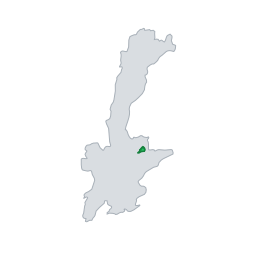 Phonhong, Vientiane, Laos shown in context, rotated 225°
{"feature_id": "54806243B58411592743301", "entity_name": "Phonhong", "entity_type": "district", "adm_level": 2, "iso_a3": "LAO", "parent_name": "Laos", "parent_adm1": "Vientiane", "projection": "equal_earth", "projection_center": [102.429, 18.485], "detail": "fine", "context": "in_parent", "style": "filled", "palette": "green", "viewbox_px": 256, "rotation_deg": 225, "n_neighbors": 0, "source": "geoboundaries", "source_scale": "gbopen_adm2", "svg_char_len": 4699}
<svg xmlns="http://www.w3.org/2000/svg" viewBox="0 0 256 256"><g transform="rotate(225 128 128)"><path d="M98.3,34.4L99.2,36.5L103.5,42.2L104.2,43.8L105.8,44.9L107.1,50.0L107.7,50.3L108.4,50.0L108.9,49.3L109.4,47.3L109.7,47.1L110.1,48.7L111.3,49.2L111.9,49.9L112.0,51.1L111.9,52.4L110.9,55.2L110.3,59.1L114.5,67.4L116.2,68.6L120.4,69.9L123.3,71.7L124.6,71.3L125.8,69.2L127.3,68.1L130.2,66.3L131.0,66.2L132.5,66.9L135.1,69.0L139.0,72.9L138.9,73.9L138.2,74.9L136.1,76.5L135.4,77.4L135.8,77.8L137.6,78.1L139.6,78.9L140.2,80.0L140.6,82.3L141.0,82.7L142.9,82.4L143.4,82.8L144.1,83.5L144.8,85.4L144.8,86.9L142.9,89.4L142.7,90.9L141.8,92.8L139.2,95.8L138.5,96.0L133.7,94.3L129.9,94.5L129.6,95.2L130.3,97.0L130.5,98.8L129.9,100.2L127.7,102.0L127.6,102.8L128.1,103.6L131.2,105.3L141.4,114.0L146.0,115.7L148.1,116.8L148.6,117.4L148.6,118.2L148.1,119.2L147.6,120.9L147.6,121.9L148.1,123.0L148.9,124.4L151.8,127.8L153.9,128.6L156.1,132.4L156.7,135.8L157.8,137.9L163.1,145.2L167.6,149.6L170.2,154.5L171.5,155.6L171.9,157.3L172.3,162.4L173.9,164.9L174.2,166.0L174.9,166.7L175.6,166.9L177.1,165.2L177.4,165.4L178.2,168.1L178.8,169.1L181.2,170.8L183.7,174.0L185.0,175.2L186.7,176.1L186.9,177.1L186.6,178.2L186.1,178.8L183.2,180.7L182.9,181.5L184.8,185.7L189.6,190.8L191.2,193.9L190.8,195.4L189.5,198.4L188.6,199.2L188.3,200.1L189.1,202.6L189.0,206.4L188.1,207.3L187.3,209.6L186.7,209.8L185.2,208.9L182.2,212.9L180.8,212.7L179.3,214.9L177.3,215.2L175.9,213.6L172.9,210.9L171.9,209.2L171.0,210.7L169.4,212.0L167.2,211.6L166.7,213.5L166.2,213.9L163.6,214.3L163.1,214.6L163.5,216.4L165.1,219.5L165.6,221.2L164.6,224.1L161.9,224.1L160.7,222.9L159.1,220.4L155.6,218.8L153.3,219.9L152.5,219.9L150.8,217.8L150.1,216.5L149.7,214.5L152.4,212.9L153.7,211.7L154.6,210.3L155.0,209.0L155.4,203.2L155.8,201.2L155.5,198.7L154.8,196.8L154.8,193.9L155.1,191.5L156.2,190.3L156.8,188.6L157.3,184.8L156.9,183.9L155.9,182.9L154.2,182.0L153.2,180.9L152.7,179.6L152.8,178.4L153.3,177.4L152.0,176.2L148.9,175.0L147.2,173.5L146.9,171.7L145.6,169.4L143.4,166.6L142.2,162.5L142.1,157.1L142.3,152.8L143.2,147.8L141.9,144.1L140.5,142.2L138.6,140.8L136.7,138.8L134.9,136.2L132.8,132.3L130.3,127.2L128.7,124.9L127.8,125.4L126.0,124.9L123.3,123.5L120.9,122.7L118.9,122.5L117.6,122.9L117.0,123.7L117.0,124.4L117.5,125.2L117.2,125.8L116.1,126.2L115.3,127.1L114.3,128.9L113.7,131.4L112.7,132.4L111.1,132.6L109.6,133.3L108.1,134.5L107.4,135.4L107.5,136.0L107.1,136.1L106.4,135.8L106.1,135.0L106.1,133.7L105.3,132.8L103.8,132.4L102.0,131.0L98.6,127.5L97.8,127.3L96.7,128.2L95.2,130.2L94.0,131.0L93.1,130.6L92.3,131.3L91.8,133.1L90.9,134.5L86.3,138.4L82.2,143.3L81.1,143.7L78.6,142.4L77.8,141.4L81.3,131.3L81.8,128.8L81.7,125.6L80.3,122.9L80.2,122.1L80.4,121.3L82.2,118.2L84.2,110.1L84.1,107.6L83.2,104.9L82.8,102.3L83.2,98.7L83.0,97.4L82.1,96.7L78.9,96.0L77.1,96.5L76.3,97.5L75.2,98.1L73.3,98.4L71.4,97.2L69.9,95.2L69.5,92.7L71.5,87.4L71.9,85.3L71.9,84.3L71.6,83.3L71.1,83.2L70.1,81.9L69.1,79.7L68.2,78.7L67.4,78.9L66.6,79.7L65.3,81.8L64.8,81.5L66.0,74.2L67.1,71.0L68.4,69.6L69.8,68.9L71.2,69.2L72.4,68.9L73.3,68.1L73.2,67.7L72.1,67.6L71.7,66.7L71.9,65.2L72.4,64.2L73.2,63.7L74.0,62.1L74.7,59.4L75.6,58.1L76.6,58.0L78.4,56.9L81.0,54.6L81.9,52.4L82.9,53.4L82.5,56.0L83.0,56.5L83.3,57.4L83.1,58.8L83.3,60.0L83.7,60.6L84.3,60.9L87.0,59.9L88.6,59.8L91.3,61.7L92.9,60.3L92.9,59.8L91.6,58.0L92.0,51.6L91.8,46.7L89.6,43.0L89.2,41.6L89.0,39.2L88.3,37.2L89.9,35.6L90.8,32.6L91.9,31.9L92.2,32.0L93.6,34.2L95.3,33.1L96.6,33.1L97.7,33.7L98.3,34.4Z" fill="#d9dde1" stroke="#a8b0b8" stroke-width="1"/><path d="M100.0,123.1L100.1,123.3L100.2,123.6L100.2,123.8L100.3,123.9L100.3,124.0L100.4,124.3L100.5,124.4L100.6,124.5L100.8,124.7L100.9,124.9L101.0,124.9L101.3,124.8L101.5,124.8L101.6,125.0L101.8,125.0L102.0,125.0L102.2,125.3L102.3,125.3L102.4,125.5L102.5,125.5L102.5,125.4L102.7,125.2L102.7,125.3L102.8,125.3L102.9,125.2L103.0,125.1L102.9,125.2L103.0,125.2L103.3,125.0L103.5,125.2L103.5,125.3L103.5,125.5L103.8,125.5L104.0,125.5L104.1,125.4L104.3,125.3L104.3,125.2L104.3,124.9L104.4,124.6L104.4,124.3L104.4,124.2L104.4,123.9L104.4,123.7L104.2,123.6L104.1,123.4L104.1,123.2L104.3,123.0L104.3,122.9L104.3,122.7L104.3,122.3L104.3,122.2L104.2,122.0L103.9,122.2L103.7,122.0L103.6,121.9L103.5,121.7L103.8,121.5L104.0,121.4L104.2,121.2L104.3,121.0L104.3,120.9L104.1,120.7L103.9,120.4L103.7,120.2L103.4,119.9L103.3,119.7L103.3,119.4L103.3,119.1L103.4,118.9L103.4,118.7L103.5,118.5L103.5,118.4L103.4,118.3L103.5,118.3L103.5,118.2L103.4,118.2L103.5,118.0L103.5,117.9L103.4,117.9L103.3,117.7L103.5,117.4L103.5,117.2L103.5,116.9L102.8,118.3L102.5,118.8L102.3,119.4L102.0,120.5L101.7,121.0L100.9,122.1L100.0,123.1Z" fill="#22c55e" stroke="#15803d" stroke-width="1.5"/></g></svg>